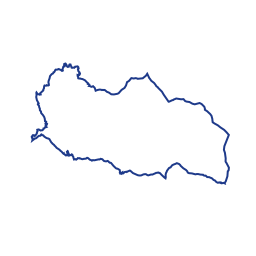 Repedea, Maramures, Romania, rotated 75°
{"feature_id": "2599482B52197218257293", "entity_name": "Repedea", "entity_type": "district", "adm_level": 2, "iso_a3": "ROU", "parent_name": "Romania", "parent_adm1": "Maramures", "projection": "equal_earth", "projection_center": [24.385, 47.886], "detail": "fine", "context": "isolated", "style": "outline", "palette": "blue", "viewbox_px": 256, "rotation_deg": 75, "n_neighbors": 0, "source": "geoboundaries", "source_scale": "gbopen_adm2", "svg_char_len": 5787}
<svg xmlns="http://www.w3.org/2000/svg" viewBox="0 0 256 256"><g transform="rotate(75 128 128)"><path d="M115.3,223.6L114.2,221.0L114.1,219.4L112.7,216.6L112.5,215.9L112.8,215.0L112.6,214.2L112.4,213.9L111.9,213.7L111.8,213.2L112.8,212.6L113.2,211.7L114.6,211.1L116.3,209.6L117.1,208.6L117.6,207.6L118.4,206.8L122.1,205.8L122.8,205.3L123.6,205.0L125.3,203.7L125.9,203.6L127.1,202.8L128.7,202.1L130.8,200.2L131.8,199.5L132.8,199.0L133.3,198.5L133.8,198.2L135.5,197.4L136.0,197.0L135.9,196.7L136.4,196.8L137.0,196.0L137.7,195.7L138.1,195.1L138.4,195.0L138.3,194.4L138.6,194.0L138.4,193.8L138.4,193.2L135.3,193.1L135.3,192.7L134.7,192.3L134.8,192.2L135.5,192.5L136.8,192.6L137.1,192.5L136.8,192.1L139.4,192.0L139.3,191.7L139.0,191.4L138.8,191.1L139.5,190.3L139.6,189.3L139.1,189.0L139.4,188.7L141.0,188.6L141.6,188.3L142.7,188.4L144.4,188.3L144.3,187.5L144.7,187.1L144.6,186.5L145.1,186.1L144.5,184.7L144.1,184.2L144.5,183.4L144.6,182.6L145.0,182.4L145.1,181.9L146.0,180.8L146.4,179.8L146.3,178.9L146.4,178.5L146.7,176.6L146.6,176.1L146.4,175.8L146.2,175.2L146.8,174.3L148.7,173.1L149.5,171.9L150.2,171.3L149.9,170.2L150.3,169.4L150.5,168.7L150.7,164.5L151.0,163.7L150.7,162.4L151.0,162.1L151.2,161.3L151.8,160.7L153.4,159.9L153.7,159.6L154.3,158.5L154.6,157.5L154.5,156.3L155.1,155.6L156.0,155.2L156.8,154.6L157.0,153.9L157.4,153.4L160.9,151.8L163.7,150.1L164.2,149.6L164.4,149.0L164.9,148.3L166.4,146.9L167.9,147.0L169.1,147.5L170.0,147.3L169.9,146.9L170.4,146.3L169.7,146.0L169.3,144.8L170.1,144.9L170.6,144.6L170.6,144.3L169.7,142.7L169.8,140.9L170.2,140.6L169.9,139.7L169.6,137.2L169.9,136.8L172.8,134.9L176.1,130.8L176.7,129.6L177.1,128.2L177.2,127.4L176.8,125.1L177.0,123.4L177.3,122.6L178.6,121.4L179.0,120.6L178.9,117.9L179.3,116.4L178.9,114.0L178.8,113.0L178.6,112.5L178.8,111.5L178.8,110.4L179.0,109.9L179.6,109.5L179.8,108.9L180.0,108.7L181.6,107.9L185.3,105.6L186.3,104.8L185.4,104.3L183.0,103.8L181.4,103.0L180.3,102.0L179.4,101.4L177.4,98.9L177.2,98.5L177.2,97.8L177.0,97.5L177.0,97.0L175.5,95.1L175.1,93.5L174.9,91.1L174.6,90.2L174.7,89.8L176.0,88.0L177.2,87.2L178.2,86.9L181.2,85.0L183.6,82.8L185.1,82.0L186.5,81.8L187.4,80.8L188.4,78.0L190.2,74.9L190.3,73.3L190.7,72.0L191.7,70.2L192.6,67.6L193.0,67.5L193.5,67.0L194.0,66.0L194.1,65.3L195.9,64.2L196.5,62.3L197.5,61.1L198.0,60.3L198.7,59.7L200.3,58.8L201.2,57.6L203.1,56.6L204.2,55.3L204.2,55.0L204.1,54.2L204.3,53.4L204.5,53.5L204.7,53.3L204.7,52.5L204.9,52.5L205.0,52.8L205.5,52.2L205.3,51.8L205.7,51.3L205.7,50.0L206.5,48.9L206.2,48.9L204.7,47.3L200.4,44.5L195.6,42.8L195.3,42.2L194.8,41.7L192.4,40.8L187.0,42.0L186.4,42.3L185.5,42.4L182.6,41.5L177.1,40.8L173.9,41.0L170.5,39.6L160.8,32.4L157.7,33.9L154.7,35.6L151.3,38.6L148.7,40.5L146.1,43.2L144.4,44.7L143.3,44.5L143.1,44.6L141.1,44.2L137.8,44.2L135.8,45.0L133.6,46.4L132.4,47.1L130.3,49.0L129.2,48.7L127.2,48.8L123.9,50.7L122.4,52.4L122.4,57.4L121.2,59.5L118.8,61.9L117.7,64.5L116.8,65.8L114.5,66.9L114.0,69.3L112.0,73.8L112.3,75.8L112.3,76.4L112.7,77.2L112.6,78.0L113.2,81.5L113.1,82.0L105.0,84.9L101.7,85.8L97.0,88.5L96.3,88.7L95.0,89.8L93.8,90.1L91.3,91.1L88.4,93.3L85.9,94.2L85.4,94.5L80.6,95.4L81.2,96.1L81.5,96.3L82.2,97.3L83.8,100.9L83.0,105.9L82.3,106.7L81.8,107.8L81.7,109.3L81.6,109.9L80.7,111.7L80.7,111.9L82.7,114.7L83.3,116.4L83.4,117.0L86.4,118.9L88.4,121.0L89.5,124.3L92.0,128.1L92.2,129.4L92.0,132.2L91.9,133.0L91.1,135.4L88.7,137.4L87.7,138.9L85.3,140.6L85.1,141.0L85.1,141.4L84.9,141.7L84.9,142.2L84.6,142.7L84.6,143.4L84.0,144.2L83.5,145.6L83.4,147.7L83.6,149.6L81.2,149.7L80.3,149.9L79.6,150.3L79.0,150.9L78.6,151.0L78.8,152.4L78.7,152.8L77.7,153.9L77.4,154.6L77.2,154.3L76.7,154.1L76.1,154.1L75.1,155.4L74.5,155.0L74.0,155.3L73.9,155.5L70.8,157.2L69.0,159.2L68.3,160.7L67.8,161.4L67.6,162.4L67.1,163.2L65.8,163.0L64.7,163.2L63.8,163.0L64.1,162.6L63.9,162.3L64.2,162.2L64.3,161.6L64.0,161.0L63.1,160.3L62.1,160.4L62.1,160.5L62.0,160.8L61.3,160.7L59.9,161.3L59.3,161.1L58.5,161.2L58.1,161.1L57.9,160.5L57.5,160.2L56.6,160.5L56.2,160.3L55.6,160.6L55.4,160.8L55.2,162.6L55.1,163.0L55.4,163.2L55.4,163.7L55.9,164.3L55.5,165.0L55.4,166.5L55.0,166.9L54.4,166.9L54.0,166.8L53.0,167.1L51.8,167.1L51.5,167.7L51.6,168.2L53.5,169.4L53.3,170.6L52.2,171.1L51.4,171.0L50.6,171.4L49.8,171.5L49.5,171.8L49.6,172.5L49.7,173.1L50.0,173.2L50.7,173.0L50.9,172.7L51.3,172.6L51.8,173.1L51.6,173.2L51.2,173.1L51.0,173.5L51.6,173.8L52.0,174.6L52.9,175.1L54.6,176.3L54.9,176.4L55.4,176.0L55.7,176.1L55.8,176.6L55.6,177.2L54.8,177.6L53.8,178.8L53.5,179.4L53.1,179.6L53.1,180.2L53.3,180.8L53.2,181.4L53.2,181.6L53.2,182.0L52.9,182.7L53.4,183.5L54.4,184.2L55.0,184.9L54.9,185.5L55.9,186.3L56.1,187.4L56.3,187.9L57.7,189.9L59.7,190.9L62.0,192.5L62.9,192.9L63.6,193.1L65.0,193.1L66.1,193.3L66.3,193.8L66.0,194.7L66.0,195.2L65.6,195.5L65.9,196.1L65.6,197.5L65.4,197.7L65.5,197.8L66.0,198.2L68.1,199.0L68.9,199.9L69.8,200.1L71.7,203.8L73.0,203.7L72.9,204.9L72.3,205.5L72.0,206.3L71.3,206.7L69.9,207.2L70.0,207.3L71.2,207.6L72.5,207.8L74.2,208.6L74.9,208.7L75.8,208.7L77.5,208.8L81.2,207.9L81.4,208.1L81.3,208.6L81.6,208.9L81.9,209.0L83.6,208.2L84.8,208.4L85.9,208.3L86.2,208.1L88.1,208.5L89.5,207.8L91.1,208.0L93.5,206.8L95.7,206.1L97.6,206.0L99.9,206.4L100.7,205.4L101.0,205.5L101.2,205.9L101.7,205.8L101.9,206.0L103.0,205.1L103.5,205.4L103.9,206.0L103.6,206.5L104.4,206.4L104.3,206.8L104.4,207.0L105.6,207.4L106.0,207.0L106.1,208.3L106.7,209.1L106.8,209.5L106.7,209.8L107.3,210.1L108.0,211.2L107.8,212.6L107.8,213.1L107.3,213.5L107.1,214.0L106.5,214.3L106.2,214.9L106.2,216.1L107.9,216.3L108.5,217.1L109.1,217.2L109.7,217.5L111.2,219.3L111.6,220.1L111.0,220.3L110.9,220.6L110.6,220.7L110.3,221.7L110.6,222.2L111.0,222.1L111.6,222.5L111.6,223.1L111.7,223.3L112.8,223.2L112.6,222.9L113.2,222.8L114.6,223.2L115.3,223.6Z" fill="none" stroke="#1e3a8a" stroke-width="2"/></g></svg>